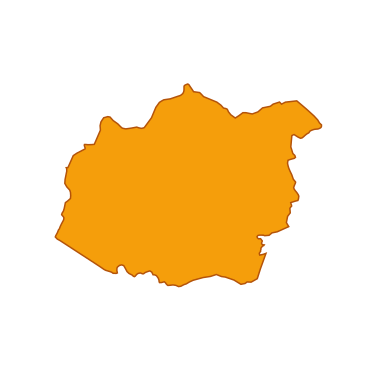 Bouca, Ouham, Central African Republic, rotated 252°
{"feature_id": "33826404B6253227494909", "entity_name": "Bouca", "entity_type": "district", "adm_level": 2, "iso_a3": "CAF", "parent_name": "Central African Republic", "parent_adm1": "Ouham", "projection": "natural_earth1", "projection_center": [18.249, 6.335], "detail": "fine", "context": "isolated", "style": "filled", "palette": "amber", "viewbox_px": 384, "rotation_deg": 252, "n_neighbors": 0, "source": "geoboundaries", "source_scale": "gbopen_adm2", "svg_char_len": 3523}
<svg xmlns="http://www.w3.org/2000/svg" viewBox="0 0 384 384"><g transform="rotate(252 192 192)"><path d="M284.2,230.0L286.9,224.5L289.5,223.8L293.2,222.7L294.8,222.3L296.0,221.4L296.0,220.1L295.8,218.3L295.2,217.2L294.2,216.8L292.3,216.2L291.0,215.7L289.7,214.9L288.4,213.6L287.4,210.9L287.4,207.2L287.3,200.1L288.4,193.7L287.9,191.0L287.3,188.7L283.7,183.8L275.1,176.4L268.4,167.1L267.9,166.2L268.0,164.6L268.2,163.4L269.5,161.2L270.8,159.5L271.5,154.1L272.5,148.5L274.2,145.5L275.9,144.4L279.7,142.5L284.3,139.1L288.6,137.2L289.7,135.2L289.8,132.8L289.9,131.0L288.3,128.9L286.7,127.0L283.5,125.1L279.1,124.0L267.5,113.8L268.2,110.8L269.2,107.5L270.1,105.5L270.4,104.4L269.8,104.0L268.1,103.9L266.8,104.0L266.0,103.5L264.5,94.5L263.3,90.3L254.7,82.6L253.6,81.5L254.0,79.9L252.9,80.0L250.5,79.3L243.2,75.2L239.5,73.7L235.6,74.5L231.6,76.3L229.2,76.3L226.0,75.5L223.4,74.4L221.9,71.0L221.0,68.3L218.5,66.9L215.7,65.3L213.6,63.8L212.1,62.0L210.7,61.0L209.9,61.3L208.3,62.0L207.0,62.2L205.2,61.3L204.0,60.1L202.1,58.1L200.0,56.1L197.9,54.4L197.2,53.3L195.0,51.5L192.6,49.0L191.5,48.1L188.9,49.3L187.4,50.7L186.8,51.3L149.6,81.3L145.4,84.5L144.1,85.8L143.3,87.0L142.5,88.1L141.6,89.4L140.5,90.8L139.1,91.8L138.0,94.8L138.1,96.0L140.7,96.3L142.8,97.1L143.7,98.0L144.6,100.4L144.4,102.6L143.1,104.3L140.9,104.8L138.2,105.3L136.4,105.6L134.0,106.9L131.5,109.4L130.0,110.2L129.3,111.0L129.5,112.0L130.4,113.4L130.9,114.4L131.2,115.5L131.0,117.8L130.2,118.8L129.5,119.6L129.2,120.7L129.8,122.3L130.0,124.1L130.0,126.8L130.0,127.5L128.2,129.0L126.6,129.2L125.3,129.4L124.9,130.6L123.7,132.1L122.7,132.6L120.3,133.3L118.0,133.3L116.8,133.0L115.9,133.1L115.4,134.7L115.3,135.2L115.2,137.6L115.2,137.9L113.9,138.7L112.5,139.1L111.4,139.6L110.6,140.2L110.1,142.2L109.5,145.2L108.2,147.8L106.2,150.0L105.8,152.2L106.4,155.7L106.4,158.2L107.2,161.6L107.7,165.8L107.2,176.2L106.0,183.4L106.0,189.7L102.5,193.9L100.8,197.4L95.3,204.7L89.1,210.0L88.6,214.2L89.4,216.6L88.0,220.4L89.4,227.3L97.9,233.4L110.8,243.4L110.7,240.4L110.9,238.5L111.1,236.9L111.8,236.9L113.0,237.1L114.3,238.9L114.7,238.9L116.3,239.9L117.2,240.1L118.7,242.2L118.9,243.7L119.4,244.3L120.0,242.9L120.7,242.5L121.2,242.2L122.2,242.5L123.2,243.4L123.8,243.7L124.4,243.5L126.4,242.8L126.6,242.2L127.0,240.7L128.3,240.0L128.6,240.0L129.6,240.1L130.3,241.3L130.1,243.0L128.9,246.5L128.0,247.6L127.0,251.9L128.4,255.5L127.8,260.8L129.2,273.3L133.7,272.3L139.3,275.4L141.8,279.0L144.3,279.6L146.2,280.0L147.2,281.3L147.8,282.4L148.9,282.6L150.2,282.5L151.4,282.6L151.4,287.3L151.2,290.1L152.5,291.1L155.0,292.3L156.6,292.2L159.1,291.5L161.1,290.7L163.0,290.1L164.6,290.0L165.7,290.7L167.2,291.9L168.4,293.0L169.4,293.6L172.9,292.3L177.6,292.2L182.1,291.6L184.9,291.4L187.9,291.5L190.0,291.8L192.5,293.1L192.6,295.2L192.5,297.8L192.4,299.7L193.0,301.1L195.0,301.1L197.0,300.0L197.8,299.8L202.1,299.9L204.3,299.9L214.8,304.4L215.1,306.3L215.1,306.8L212.2,309.2L211.9,309.4L210.2,311.1L209.5,312.0L209.5,313.7L210.4,315.9L210.8,316.7L211.7,319.0L212.2,321.4L213.4,323.0L213.6,323.5L213.8,325.7L213.8,327.5L213.5,329.2L213.0,331.2L213.1,333.2L213.5,334.6L214.4,335.4L215.8,335.9L218.2,334.6L221.7,333.8L226.7,331.5L235.6,326.4L240.5,323.4L246.3,319.8L248.6,308.6L247.9,304.3L250.5,303.0L250.5,296.3L249.3,293.0L250.2,285.1L247.8,279.4L247.6,273.4L250.8,267.7L251.7,264.9L250.1,260.2L249.0,256.0L253.4,252.8L256.8,251.5L259.8,251.1L260.9,250.0L262.1,247.9L265.7,246.3L269.8,243.4L279.1,232.5L282.3,231.0L284.2,230.0Z" fill="#f59e0b" stroke="#b45309" stroke-width="1.5"/></g></svg>